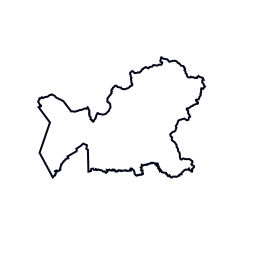 outline of Trojes, El Paraíso, Honduras, rotated 330°
{"feature_id": "27666195B23836678424083", "entity_name": "Trojes", "entity_type": "district", "adm_level": 2, "iso_a3": "HND", "parent_name": "Honduras", "parent_adm1": "El Paraíso", "projection": "albers", "projection_center": [-85.831, 14.051], "detail": "fine", "context": "isolated", "style": "outline", "palette": "ink", "viewbox_px": 256, "rotation_deg": 330, "n_neighbors": 0, "source": "geoboundaries", "source_scale": "gbopen_adm2", "svg_char_len": 5882}
<svg xmlns="http://www.w3.org/2000/svg" viewBox="0 0 256 256"><g transform="rotate(330 128 128)"><path d="M38.2,133.1L39.9,132.5L40.9,132.6L41.1,132.2L41.9,132.1L42.4,131.1L43.8,130.8L44.1,130.0L43.2,128.9L43.6,128.7L45.4,129.4L46.3,130.5L48.5,130.4L48.9,130.0L48.9,129.1L50.4,127.9L51.7,126.3L52.0,126.1L52.5,126.3L53.9,125.4L54.9,125.3L55.6,124.6L56.0,124.7L57.1,124.2L57.6,124.4L58.3,123.9L59.6,123.8L60.2,124.1L60.8,124.0L60.8,124.3L61.2,124.4L61.5,122.4L71.8,122.4L72.0,121.9L72.7,121.4L73.0,120.8L72.9,120.2L78.5,119.8L81.4,119.1L83.8,122.3L81.5,125.3L82.4,126.8L71.9,146.0L73.2,146.5L74.5,146.7L75.5,145.2L76.4,145.2L77.4,145.7L77.4,146.8L77.7,147.3L78.9,147.8L79.6,147.4L80.0,148.0L79.6,148.5L79.9,148.9L81.7,149.2L81.8,149.6L84.1,151.6L84.2,152.3L85.0,153.6L85.9,153.8L86.4,154.2L86.2,155.3L86.5,155.9L88.5,155.5L88.8,154.2L89.1,154.7L89.7,154.3L90.2,154.6L91.0,154.7L91.0,155.2L92.1,156.4L92.7,156.7L93.3,156.2L94.1,156.4L94.1,157.1L94.8,156.9L95.3,157.3L95.5,157.8L94.9,158.2L95.9,159.2L95.9,160.0L97.1,160.3L97.5,160.2L97.7,159.9L98.6,160.3L99.0,160.0L100.3,161.6L100.8,161.3L101.2,162.1L104.9,163.4L105.2,163.7L105.2,164.4L107.9,165.7L108.4,165.4L109.0,166.3L109.6,165.9L109.9,164.5L110.2,164.4L111.1,165.2L111.6,167.5L111.9,167.9L110.9,171.2L111.2,173.0L111.8,173.7L112.9,173.5L113.3,174.1L114.8,174.2L115.1,174.7L115.8,174.9L116.4,175.3L117.0,174.6L118.0,175.2L118.2,174.8L117.9,174.2L118.4,173.8L119.3,172.1L118.7,172.0L118.2,171.5L118.2,171.2L118.7,170.7L118.9,170.2L119.7,169.6L119.4,168.5L120.7,168.3L121.5,166.8L122.5,168.1L123.1,168.0L123.4,168.2L124.5,168.3L125.5,169.3L126.2,169.0L126.6,169.3L127.0,169.0L127.8,169.7L129.0,169.6L129.8,169.9L130.5,169.6L131.0,169.9L131.2,170.6L132.3,170.6L132.9,171.2L133.2,171.9L134.9,173.0L133.6,173.1L134.0,174.4L134.5,174.7L135.5,174.6L135.7,174.8L135.6,175.3L134.6,175.6L135.2,176.1L135.2,177.1L134.8,177.3L134.4,177.2L134.0,177.6L134.1,178.0L134.9,178.2L135.1,178.5L134.9,179.3L134.2,179.3L134.2,179.7L135.1,179.8L135.3,180.2L134.6,180.5L134.1,181.0L134.0,181.3L134.9,181.3L135.4,182.0L135.2,182.4L135.2,183.2L136.0,184.0L136.6,184.3L136.8,184.7L138.5,185.8L138.5,186.4L138.0,187.0L138.2,187.5L138.6,187.6L138.5,189.5L138.7,189.8L140.3,189.6L140.3,190.0L140.0,190.2L140.0,190.7L140.7,192.5L141.3,192.8L142.5,192.5L143.7,193.3L144.7,193.7L145.3,194.4L147.4,194.8L148.1,194.5L148.8,194.9L149.5,194.1L151.2,194.8L151.3,194.3L151.9,193.8L155.4,192.8L157.1,192.8L158.5,193.8L159.2,194.0L159.6,194.5L160.1,193.7L160.5,193.6L160.4,195.0L161.1,196.6L161.1,197.4L161.6,197.8L162.1,197.4L163.0,195.5L163.9,195.4L165.5,194.9L165.9,194.6L166.0,193.4L164.9,192.3L164.7,191.3L165.0,190.9L166.7,189.9L167.2,188.9L166.3,187.3L166.2,186.4L165.8,185.8L162.2,183.7L160.7,182.0L158.4,182.0L157.9,181.0L158.5,178.8L159.5,177.2L160.1,175.5L160.2,174.9L159.9,172.9L160.9,170.7L160.6,168.8L161.5,167.2L161.4,164.1L159.9,160.4L160.2,159.6L161.4,158.5L161.4,157.7L160.8,156.6L161.3,154.8L161.8,154.4L164.7,153.8L166.6,154.3L167.8,154.0L168.9,152.8L170.1,152.1L170.1,150.7L170.4,150.2L172.8,149.0L174.8,147.1L175.5,146.8L176.4,146.8L181.5,148.0L182.8,150.7L184.4,151.1L186.0,149.4L186.5,149.2L187.1,149.4L187.4,149.3L187.7,147.2L187.4,145.3L188.6,143.4L188.1,141.5L188.3,140.9L188.7,140.6L189.3,140.6L190.1,141.3L192.8,140.9L194.1,140.9L194.9,141.2L196.3,140.8L198.0,141.2L199.1,141.3L200.4,141.8L200.8,141.7L201.2,141.4L201.3,140.8L200.7,139.3L200.6,138.2L200.8,137.8L201.8,137.7L202.7,138.4L203.5,138.5L204.6,137.8L205.6,136.6L207.2,136.2L207.6,135.6L207.9,134.4L208.9,134.0L211.2,130.3L211.6,130.4L212.2,131.4L212.8,131.7L213.9,130.8L215.4,130.6L215.2,128.6L215.5,127.2L215.0,125.8L216.3,123.8L216.9,123.7L217.6,124.1L217.8,121.9L215.5,119.6L215.1,118.2L213.2,118.9L212.9,119.2L212.4,118.8L212.3,118.4L211.8,118.4L210.5,117.7L209.8,116.5L208.2,115.7L208.0,115.0L206.8,115.2L205.4,114.1L205.1,112.9L205.7,111.0L205.3,109.4L205.9,108.2L206.0,106.6L205.8,106.1L206.9,105.7L206.9,104.6L207.1,104.2L206.8,103.7L207.1,103.2L206.8,102.0L205.1,100.5L204.6,97.6L203.8,96.8L203.5,95.0L202.7,93.5L200.8,92.4L199.3,92.1L198.1,91.5L197.0,91.4L196.6,90.5L196.6,89.3L196.3,88.2L192.9,85.2L192.5,83.7L192.2,83.4L191.5,83.7L191.0,84.8L189.5,86.0L189.5,87.1L190.4,88.1L190.4,88.4L189.2,89.5L188.2,89.8L186.7,88.7L185.5,88.7L184.1,88.3L181.6,86.2L179.7,86.9L177.1,85.9L176.2,86.5L175.5,86.5L173.7,84.0L172.8,84.2L171.0,84.1L170.5,84.5L169.6,84.2L167.9,85.4L166.8,85.3L165.7,85.8L164.5,84.9L162.8,84.5L161.6,84.0L160.9,83.1L160.9,81.8L160.2,81.0L159.6,80.7L157.4,81.4L156.8,82.0L156.7,82.6L156.8,83.4L155.9,85.5L156.1,86.3L154.7,87.5L154.7,88.3L153.3,91.3L153.7,92.1L153.2,92.9L152.3,93.3L150.9,92.8L150.2,93.3L148.2,93.5L144.4,92.8L143.3,91.8L142.7,91.5L142.1,90.4L142.2,89.6L139.5,87.3L139.3,86.8L139.2,85.7L138.5,85.2L137.7,84.9L136.5,85.5L135.1,85.5L134.0,86.6L133.4,86.4L132.3,87.2L132.1,87.6L132.3,88.4L131.3,88.8L131.0,89.8L129.9,90.0L129.2,90.6L127.9,90.8L126.8,91.5L126.0,91.5L124.5,92.6L124.4,93.4L123.3,94.6L123.5,95.6L123.8,96.2L124.2,96.3L124.4,97.6L124.4,98.4L123.8,100.0L123.0,101.6L121.5,102.3L119.9,103.7L117.8,104.0L116.5,104.6L114.1,104.3L112.9,103.8L110.4,101.7L109.8,101.1L109.6,100.3L108.9,99.9L106.9,101.2L106.2,102.1L105.4,102.5L105.0,103.3L102.8,104.2L101.2,105.2L100.9,104.8L100.8,103.9L100.3,103.4L100.7,102.7L100.0,101.6L101.1,100.0L100.6,98.6L101.2,97.4L101.2,96.5L102.1,96.0L102.1,95.0L102.9,94.3L103.2,93.8L103.1,92.1L103.5,91.3L103.4,89.9L101.5,90.5L101.0,89.8L99.6,89.4L96.7,89.1L95.1,88.3L93.6,88.2L92.3,87.7L90.4,87.5L89.1,86.4L87.1,85.2L85.4,72.2L81.0,65.7L80.7,63.9L79.3,61.4L78.8,60.8L78.0,60.9L76.6,60.3L74.4,60.7L73.4,60.6L72.7,60.1L71.4,59.6L70.9,59.8L69.3,59.5L68.8,58.3L67.2,58.6L66.8,58.2L66.4,58.5L65.9,58.3L65.6,58.8L63.9,59.8L63.3,60.5L63.2,61.0L63.5,62.2L63.2,63.4L63.4,63.9L63.1,64.4L63.9,65.0L63.8,65.5L63.5,65.7L61.0,65.3L63.2,84.2L39.0,105.3L38.2,133.1Z" fill="none" stroke="#020617" stroke-width="2"/></g></svg>